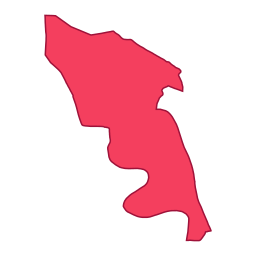 Huyen Hong Ngu, Ðong Tháp, Vietnam
{"feature_id": "81297802B50587214410487", "entity_name": "Huyen Hong Ngu", "entity_type": "district", "adm_level": 2, "iso_a3": "VNM", "parent_name": "Vietnam", "parent_adm1": "Ðong Tháp", "projection": "natural_earth1", "projection_center": [105.298, 10.803], "detail": "fine", "context": "isolated", "style": "filled", "palette": "rose", "viewbox_px": 256, "rotation_deg": 0, "n_neighbors": 0, "source": "geoboundaries", "source_scale": "gbopen_adm2", "svg_char_len": 4531}
<svg xmlns="http://www.w3.org/2000/svg" viewBox="0 0 256 256"><path d="M179.0,68.9L177.4,68.2L175.7,67.5L174.3,66.3L172.7,65.3L171.1,64.1L169.8,62.8L169.0,62.1L168.2,61.9L166.5,61.7L165.1,60.6L163.8,59.6L162.7,59.0L160.7,58.0L158.7,56.8L157.5,56.2L155.7,55.1L153.9,54.1L152.4,53.1L149.9,51.8L149.0,51.3L147.3,50.5L145.3,49.3L145.2,49.2L143.9,48.3L142.6,47.5L140.4,46.4L138.5,45.2L136.5,43.9L135.0,42.7L133.5,41.5L133.0,41.0L132.1,40.3L131.3,39.8L130.7,39.6L130.1,39.5L128.9,39.6L128.1,39.6L127.0,39.6L124.7,39.4L123.9,39.3L123.1,39.0L122.5,38.6L121.6,38.0L120.8,37.2L120.0,36.3L119.5,35.7L118.3,34.7L117.1,34.0L116.1,33.4L115.1,32.7L114.3,31.9L113.4,31.2L113.1,31.2L112.0,31.3L110.8,31.6L109.1,31.9L108.4,32.0L107.3,32.2L106.2,32.4L104.9,32.7L104.3,32.8L102.2,33.2L101.9,33.3L91.1,35.0L90.4,34.8L70.9,26.7L55.6,15.8L53.0,15.6L45.0,15.4L45.1,16.6L45.2,19.5L45.2,20.5L45.3,23.3L45.4,24.5L45.5,27.0L45.6,28.4L45.7,30.5L45.8,32.0L46.1,34.2L46.2,36.0L46.1,38.8L46.1,40.1L45.9,43.6L45.7,46.9L45.5,50.6L45.3,54.1L45.3,55.0L47.5,58.1L49.3,60.7L50.0,61.7L50.5,62.5L53.5,65.1L55.6,67.0L56.8,68.1L57.4,68.6L59.3,70.5L61.1,72.6L62.1,74.5L63.4,76.9L65.1,80.2L65.4,80.9L66.5,83.3L67.0,84.0L68.3,86.6L69.2,88.1L70.7,91.1L71.2,91.9L73.1,95.5L73.0,96.7L75.3,103.3L75.5,103.8L76.6,107.6L78.4,114.7L79.6,118.6L81.1,122.8L81.7,124.2L82.1,124.9L83.1,125.5L85.4,125.9L88.4,126.1L90.3,126.3L91.9,126.3L96.1,126.3L101.0,126.4L103.5,126.6L104.8,127.2L105.0,127.2L105.3,127.2L106.0,127.2L106.4,127.4L107.5,127.5L107.9,127.7L108.6,128.0L108.8,128.0L109.2,128.4L109.4,129.2L109.4,131.4L109.6,133.8L109.6,134.9L109.8,136.1L109.8,137.0L110.3,139.9L110.3,140.9L110.1,142.4L109.1,144.3L108.3,146.0L107.8,147.4L107.8,149.0L108.5,153.5L109.0,157.0L110.0,159.6L110.9,160.9L112.0,162.0L113.5,163.1L114.5,163.9L115.7,164.8L116.5,165.3L117.4,165.8L119.8,167.2L121.5,167.7L125.0,168.4L129.0,168.6L133.2,168.5L137.3,168.4L140.8,168.8L143.8,169.5L145.4,170.4L147.1,171.9L147.9,173.1L148.4,174.7L148.6,176.4L148.7,177.7L148.2,179.9L147.6,181.8L146.6,183.6L144.6,185.7L144.4,185.8L142.8,186.8L140.4,188.3L135.4,191.7L131.8,193.8L129.7,195.4L126.4,198.5L124.7,201.0L123.8,203.3L123.4,205.4L123.4,206.5L124.3,208.1L126.0,210.5L127.5,211.8L129.6,212.8L133.6,214.8L137.5,216.4L140.0,217.0L142.4,217.3L143.9,217.3L145.7,217.3L147.2,217.3L149.9,216.9L152.4,216.1L156.0,214.9L156.3,214.9L161.2,213.2L164.4,212.1L167.5,211.3L171.1,210.7L176.8,210.6L180.3,211.2L182.2,211.6L186.0,213.8L187.3,215.3L188.2,216.6L188.8,218.2L188.8,220.7L188.4,226.1L188.1,229.5L187.9,232.1L187.5,234.2L187.0,237.1L186.5,240.4L187.2,240.4L188.4,240.4L189.9,240.2L191.8,240.4L194.4,240.6L198.6,240.6L199.1,240.6L199.6,240.4L200.1,240.2L200.9,239.5L201.6,238.6L202.7,237.2L203.2,236.3L203.8,235.6L204.6,234.4L205.1,233.5L205.2,233.0L205.3,232.8L205.5,232.1L205.7,231.8L206.5,231.8L207.4,231.6L207.8,231.4L208.3,231.3L208.9,231.2L210.0,231.0L210.4,231.0L211.0,230.8L211.0,230.7L210.4,229.1L209.4,226.8L208.4,224.9L207.1,221.3L207.0,221.2L206.8,220.7L203.3,212.6L201.2,207.2L198.8,202.2L197.5,198.3L196.7,194.2L195.3,187.5L194.8,183.5L194.8,181.4L194.7,181.3L194.4,179.5L194.0,176.6L193.8,174.9L193.7,174.1L192.5,168.6L191.6,165.3L189.6,159.5L188.7,157.0L187.5,154.3L186.8,152.9L186.0,151.2L184.2,147.5L182.3,142.1L179.1,132.1L177.9,128.3L177.7,127.7L176.3,124.2L175.8,123.3L173.6,119.3L172.3,117.0L170.9,115.1L169.5,113.5L167.6,111.8L166.4,111.2L165.8,110.8L163.2,110.1L160.4,109.3L158.8,109.3L157.6,109.3L156.5,109.3L156.3,109.3L156.9,104.1L157.0,103.9L157.3,102.8L157.9,101.6L158.3,100.7L158.8,99.5L159.1,98.7L159.5,97.8L159.9,97.4L160.4,97.0L160.7,96.6L160.8,96.5L161.0,96.3L161.1,96.1L161.3,95.9L161.9,95.6L162.1,95.4L162.5,95.1L162.6,94.9L162.8,94.7L162.8,94.3L162.9,94.1L162.9,93.8L162.9,93.5L162.9,93.3L162.8,93.0L162.7,92.6L162.6,92.4L162.3,91.8L162.2,91.5L162.0,91.0L161.9,90.7L161.9,90.4L161.9,90.1L162.0,89.9L162.1,89.7L162.4,89.4L162.6,89.0L162.7,88.8L163.0,88.5L163.2,88.3L163.5,88.1L163.9,87.9L164.3,87.7L164.6,87.6L165.2,87.3L165.6,87.1L166.1,87.0L166.8,86.7L167.1,86.5L167.5,86.4L167.8,86.2L168.0,86.0L168.2,85.8L168.6,85.9L169.9,86.5L170.7,86.9L171.2,87.0L173.1,87.8L175.1,88.6L175.6,88.7L177.9,89.5L180.4,90.4L180.9,90.6L181.6,90.9L182.0,91.0L182.6,91.2L182.7,88.6L182.8,87.6L182.7,87.3L182.7,86.6L182.5,85.9L182.2,84.6L182.0,84.0L181.8,82.7L181.4,81.5L180.9,80.4L179.7,77.8L178.8,76.0L178.6,75.5L178.6,74.7L179.0,73.9L179.8,73.1L180.6,72.3L180.8,71.9L180.8,71.6L180.8,71.3L180.7,70.9L180.6,70.5L179.9,69.8L179.2,69.1L179.0,68.9Z" fill="#f43f5e" stroke="#9f1239" stroke-width="1.5"/></svg>